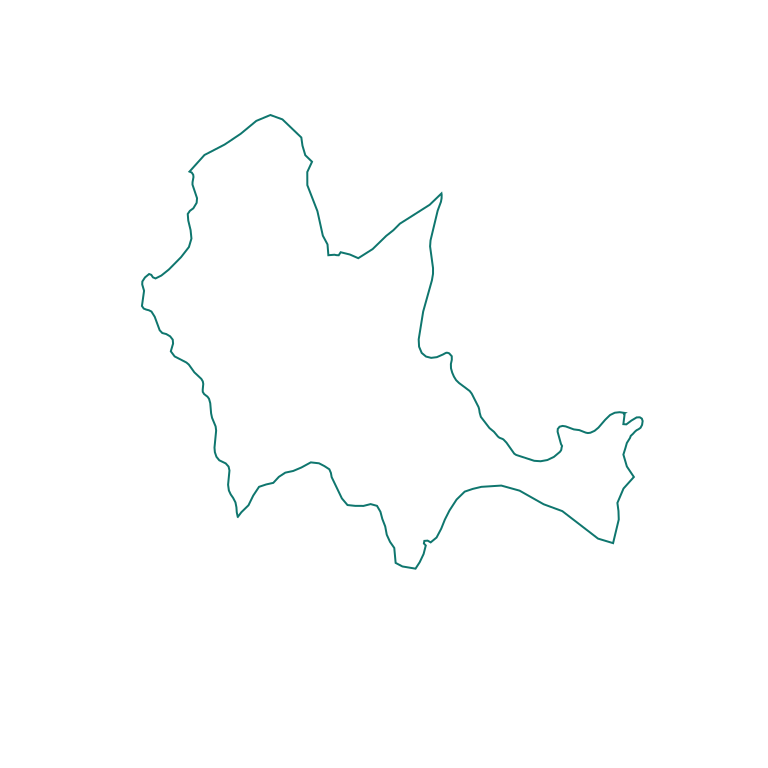 an SVG outline of Bolikhamxai, rotated 213°
{"feature_id": "LAO-3292", "entity_name": "Bolikhamxai", "entity_type": "Province", "adm_level": 1, "iso_a3": "LAO", "parent_name": "Laos", "parent_adm1": "", "projection": "equal_earth", "projection_center": [104.026, 18.483], "detail": "fine", "context": "isolated", "style": "outline", "palette": "teal", "viewbox_px": 768, "rotation_deg": 213, "n_neighbors": 0, "source": "natural_earth", "source_scale": "10m", "svg_char_len": 3250}
<svg xmlns="http://www.w3.org/2000/svg" viewBox="0 0 768 768"><g transform="rotate(213 384 384)"><path d="M253.5,402.5L249.3,401.5L236.8,396.5L234.5,396.5L216.2,401.4L210.6,404.5L205.6,409.2L201.8,415.4L199.5,422.9L199.4,424.9L199.8,426.1L200.4,427.3L200.9,429.0L202.8,430.0L212.4,438.5L213.8,441.0L213.7,441.5L213.5,443.8L211.4,446.1L208.5,447.4L200.1,449.3L195.1,451.7L188.3,453.1L186.3,453.9L184.4,455.5L181.9,459.4L180.4,464.2L179.0,474.5L177.5,481.1L174.8,485.6L171.0,488.7L166.2,490.9L166.4,490.5L166.5,490.3L167.0,488.9L166.9,489.0L165.8,489.7L165.6,489.4L161.4,480.7L158.8,482.1L156.6,488.1L153.9,493.6L151.3,495.4L148.9,495.4L146.9,493.8L145.3,490.3L145.0,487.0L145.9,484.7L147.0,482.8L147.6,480.7L148.1,477.6L148.8,474.9L148.3,472.7L148.2,466.8L146.6,461.6L144.8,455.2L135.4,447.1L123.8,442.1L126.2,426.8L123.5,411.4L118.2,405.2L113.3,398.2L105.2,375.3L120.3,370.9L165.2,374.5L184.6,370.1L212.2,368.4L230.3,362.7L246.3,350.8L252.4,344.4L257.7,337.7L260.2,326.6L260.2,313.6L259.1,303.4L257.2,293.8L256.3,283.9L258.6,276.6L262.1,276.4L264.7,274.4L263.7,272.0L261.0,271.3L258.2,263.0L257.0,254.0L257.0,246.3L269.2,241.0L276.8,240.3L286.1,252.1L293.0,254.9L299.6,259.1L305.4,265.2L311.9,269.9L317.4,274.9L323.5,278.0L329.8,276.0L334.8,270.6L341.6,266.2L348.7,262.6L357.0,265.1L377.2,277.4L380.1,280.5L383.4,282.7L389.3,282.7L395.3,282.1L402.7,278.4L407.8,269.0L412.8,261.6L418.5,255.9L421.6,248.9L423.0,240.8L428.1,235.6L432.8,229.7L432.9,219.2L431.6,208.5L433.8,198.7L434.2,192.9L434.3,192.9L437.6,196.2L440.6,200.2L444.1,203.8L448.5,206.3L452.4,207.9L456.1,210.2L459.9,214.6L466.5,227.3L469.4,230.1L473.5,231.2L480.6,230.3L484.9,231.7L488.7,234.7L491.5,238.3L499.4,253.5L502.1,256.7L509.8,262.0L513.0,265.2L519.3,273.3L522.7,276.3L525.0,277.2L529.4,277.6L531.7,278.7L532.9,280.4L535.6,285.6L537.4,287.5L540.0,288.8L549.4,290.5L558.3,294.0L561.4,294.4L574.6,293.1L580.6,295.3L582.9,303.0L585.3,306.1L589.3,307.5L593.8,307.3L597.7,306.0L601.4,306.9L612.9,315.5L618.5,318.1L621.3,317.8L624.0,316.9L626.6,316.4L629.5,317.6L636.0,331.5L641.0,335.8L642.5,338.4L642.5,342.1L642.5,343.2L640.9,348.3L638.6,348.8L635.9,347.6L633.1,348.1L629.8,353.7L626.8,362.8L623.3,379.8L622.2,392.6L624.7,401.1L630.0,407.7L637.2,414.5L641.2,419.7L641.1,423.5L639.6,427.5L639.8,433.9L642.0,438.0L653.2,446.9L654.5,449.0L656.5,453.8L658.0,455.6L660.4,456.6L662.8,456.2L659.3,478.3L648.1,498.0L640.5,515.7L634.4,535.1L625.8,547.7L613.3,550.6L587.6,545.7L582.2,539.5L574.6,533.0L565.4,531.2L563.8,520.0L556.6,509.0L534.0,492.7L516.1,475.1L507.4,470.3L500.8,461.7L496.0,465.4L494.0,466.2L492.1,467.3L492.1,470.9L483.2,474.0L474.1,475.5L467.0,491.0L462.8,509.5L459.9,518.1L458.0,527.1L443.3,559.2L439.6,575.1L438.7,574.1L436.9,571.2L435.5,567.9L433.4,558.6L423.2,529.8L421.5,526.7L420.3,524.5L406.0,507.9L402.9,503.1L400.3,497.1L390.6,466.1L379.2,440.3L374.9,434.4L369.3,430.6L363.7,429.9L358.7,431.6L354.3,435.3L350.6,440.9L349.6,442.8L348.8,444.1L347.7,444.8L346.0,445.2L342.3,444.2L340.3,441.2L338.8,437.2L336.4,433.7L333.0,430.7L329.4,428.3L325.6,426.5L321.6,425.7L308.3,424.8L305.2,423.7L292.1,416.1L290.2,414.4L288.2,412.1L284.9,409.2L271.6,404.5L265.7,403.8L259.9,402.0L257.9,401.8L254.6,402.5L253.5,402.5Z" fill="none" stroke="#0f766e" stroke-width="2"/></g></svg>